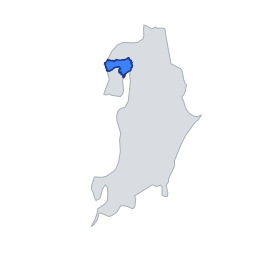 location of Nicoya, Guanacaste, Costa Rica, rotated 58°
{"feature_id": "36466004B54508558874137", "entity_name": "Nicoya", "entity_type": "district", "adm_level": 2, "iso_a3": "CRI", "parent_name": "Costa Rica", "parent_adm1": "Guanacaste", "projection": "robinson", "projection_center": [-85.463, 10.103], "detail": "fine", "context": "in_parent", "style": "filled", "palette": "blue", "viewbox_px": 256, "rotation_deg": 58, "n_neighbors": 0, "source": "geoboundaries", "source_scale": "gbopen_adm2", "svg_char_len": 5675}
<svg xmlns="http://www.w3.org/2000/svg" viewBox="0 0 256 256"><g transform="rotate(58 128 128)"><path d="M206.8,130.9L206.5,131.9L205.7,132.9L204.6,133.9L203.0,134.7L199.3,132.5L195.6,130.1L193.6,131.2L192.8,134.4L191.5,136.0L189.8,136.6L189.1,137.7L189.0,148.4L189.1,158.5L191.9,158.8L196.5,162.3L198.5,164.4L199.1,166.3L198.6,167.2L195.2,169.4L191.9,172.2L190.2,175.7L193.1,181.3L193.7,185.1L193.6,189.1L192.9,191.1L186.4,195.7L185.0,197.3L185.2,198.4L188.8,201.6L190.5,204.7L191.9,208.4L192.0,211.6L188.8,205.6L184.4,199.9L180.5,196.4L180.2,188.3L178.7,183.8L172.8,179.8L167.8,176.9L164.2,177.5L166.4,182.2L172.3,188.2L172.7,190.5L172.6,193.6L168.6,193.1L165.0,191.9L160.7,191.5L157.8,189.6L151.7,182.4L156.0,176.3L157.4,172.3L157.2,163.9L156.2,159.9L151.5,153.7L144.0,147.0L133.6,141.4L128.6,137.0L116.4,133.6L111.7,131.3L108.0,127.1L107.5,124.1L108.8,119.5L105.4,113.6L90.8,102.0L82.6,97.7L80.8,95.2L79.6,94.4L80.8,102.4L84.4,107.2L93.7,111.7L96.3,114.4L97.3,117.8L91.9,124.3L89.1,125.9L88.3,129.5L86.6,130.6L84.7,128.5L77.1,118.3L62.5,113.4L59.9,110.4L54.4,101.1L51.9,92.5L52.8,86.8L58.8,78.0L60.7,74.1L60.3,71.7L60.5,68.2L58.3,65.8L52.7,62.6L49.2,60.1L50.2,58.8L56.5,55.4L56.9,52.3L56.9,51.2L57.9,51.0L58.9,50.2L59.4,49.4L61.2,46.4L62.7,44.7L64.4,44.4L66.6,45.7L74.6,48.9L83.5,52.4L96.2,57.5L101.5,54.3L106.0,51.8L109.2,52.1L116.0,55.0L120.1,55.9L122.6,55.7L127.0,59.9L129.4,63.1L129.8,65.2L131.1,66.3L134.5,66.6L142.8,68.8L147.9,68.3L152.5,66.1L155.1,63.3L155.9,59.0L157.0,61.1L158.4,64.5L159.0,68.8L165.0,83.2L169.8,91.3L180.3,105.9L184.9,108.6L192.5,120.4L195.2,122.4L196.7,125.9L204.6,128.8L206.8,130.9Z" fill="#d9dde1" stroke="#a8b0b8" stroke-width="1"/><path d="M80.3,94.9L80.1,94.6L79.8,94.3L79.3,93.9L78.8,93.8L78.6,93.7L78.6,93.1L78.7,92.9L78.8,92.6L78.8,92.4L78.2,92.1L77.8,91.9L77.4,91.1L76.4,90.9L75.6,90.8L75.3,91.2L75.2,91.2L75.0,90.9L74.9,90.8L74.6,90.8L74.3,90.7L74.2,90.6L74.2,90.4L74.3,90.3L74.4,90.6L74.5,90.5L74.6,90.3L74.4,90.1L74.7,90.0L74.7,89.8L74.2,89.9L74.0,90.1L73.9,90.1L73.7,90.1L73.2,90.1L72.9,89.8L72.8,89.6L72.5,89.6L72.4,89.7L72.1,89.7L72.0,89.9L71.9,90.0L71.8,90.4L71.8,90.5L71.7,90.5L71.6,90.4L71.4,90.1L71.2,90.3L71.3,90.5L71.2,90.5L70.8,90.6L70.6,90.6L70.6,90.4L70.3,90.4L70.2,90.3L69.9,90.2L69.5,90.2L69.4,90.1L69.1,90.1L68.7,90.3L68.5,90.6L68.5,90.8L68.7,91.0L68.6,91.3L68.7,91.7L68.7,92.0L68.9,92.2L68.9,92.5L68.6,93.4L68.5,93.6L68.5,94.2L68.4,94.3L68.2,94.7L68.1,94.8L68.2,95.0L68.4,95.4L68.4,95.5L68.0,95.7L67.8,95.8L67.7,95.8L67.2,96.3L67.2,96.6L67.1,96.8L67.1,97.1L67.0,97.3L66.9,97.7L66.8,97.8L66.8,98.2L66.7,98.4L66.4,98.7L66.3,99.0L66.2,99.1L66.1,99.3L65.9,99.5L65.7,99.7L65.5,99.9L65.4,100.0L65.2,100.2L64.7,100.8L64.4,101.0L64.4,101.3L64.2,101.3L63.8,101.6L63.8,101.9L63.7,102.0L63.8,102.4L64.0,102.4L64.1,102.5L64.1,102.8L64.2,103.1L64.2,103.4L64.1,103.6L64.2,103.8L63.9,104.0L64.0,104.1L64.1,104.4L64.1,104.5L63.9,104.5L63.7,104.6L63.3,104.8L63.3,105.1L63.1,105.2L62.9,105.2L62.7,105.1L62.5,105.3L62.4,105.6L62.4,105.8L62.4,106.0L62.3,106.3L62.1,106.6L61.9,106.7L61.9,107.1L61.6,107.3L61.4,107.5L61.0,107.6L60.8,107.5L60.8,107.8L60.7,107.9L60.7,108.2L60.5,108.3L60.4,108.4L60.4,108.8L60.3,109.0L60.2,109.0L60.1,108.9L60.0,109.0L59.4,108.6L59.1,108.9L59.5,109.5L59.8,109.9L59.9,110.1L59.9,110.3L60.1,110.7L60.1,110.9L60.1,111.0L60.5,111.5L60.7,112.2L60.7,112.9L60.7,113.0L60.4,113.2L60.5,113.4L60.8,113.4L61.0,113.4L61.2,113.7L61.3,113.5L61.3,113.4L61.2,113.3L61.3,113.3L61.4,113.2L61.8,113.2L62.1,113.3L62.3,113.7L62.3,113.8L62.2,113.8L62.4,114.0L62.5,113.9L62.8,114.0L63.2,114.1L63.3,114.2L63.5,114.2L63.9,114.1L64.0,114.1L63.9,114.2L63.9,114.3L64.0,114.3L64.2,114.5L64.8,114.5L65.0,114.6L65.1,114.8L65.3,114.6L65.7,114.6L66.0,114.7L66.2,114.9L66.4,114.9L66.5,114.9L66.8,114.9L67.2,114.6L67.5,114.6L67.7,114.8L68.0,115.1L67.9,115.5L68.0,115.7L68.3,115.5L68.5,115.4L68.4,115.3L68.6,115.1L68.6,114.9L68.7,114.7L68.8,114.6L69.0,114.6L69.0,114.4L69.1,114.2L69.3,114.2L69.5,114.3L69.7,114.1L69.8,114.0L69.9,113.7L70.0,113.6L70.1,113.4L70.0,113.1L70.0,112.7L69.9,112.6L69.7,112.4L69.7,112.1L69.9,111.8L70.0,111.7L70.0,111.3L70.1,111.2L70.3,110.9L70.1,110.6L70.1,110.4L70.1,109.8L70.0,109.6L69.9,109.4L69.7,109.1L69.7,108.9L69.6,108.7L69.9,108.2L69.7,107.8L69.8,107.6L69.8,107.4L69.7,107.2L69.6,106.9L69.8,106.6L70.1,106.2L70.1,105.9L70.2,105.6L70.3,105.4L70.6,105.2L70.7,104.9L70.9,104.7L70.9,104.4L70.7,104.2L70.8,103.7L71.0,103.5L71.2,103.3L71.5,103.3L71.7,103.1L71.8,102.9L72.0,102.9L72.3,103.0L72.4,102.9L72.7,102.9L73.0,103.0L73.4,103.2L73.5,103.2L73.5,103.3L73.6,103.5L73.8,103.5L73.6,103.7L73.6,103.8L73.9,103.9L73.9,104.0L74.1,104.3L73.9,104.5L73.7,104.5L73.9,104.8L74.3,105.3L74.6,105.6L75.0,105.7L75.4,105.6L75.6,105.8L75.8,105.8L76.0,105.9L76.0,106.0L76.3,106.2L76.8,106.1L77.1,105.8L77.1,105.6L76.8,105.4L76.9,105.1L76.8,104.9L76.7,104.8L76.7,104.6L76.7,104.4L76.9,104.4L77.0,104.3L77.3,104.3L77.4,104.5L77.5,104.5L77.8,104.5L77.8,104.8L78.0,104.9L78.4,104.9L78.5,105.0L78.5,104.8L78.9,104.7L78.9,104.8L79.0,104.9L79.2,105.1L79.3,105.1L79.5,105.0L79.8,104.9L80.0,104.8L80.0,104.7L80.1,104.4L80.3,104.3L80.3,104.2L80.5,104.2L80.8,104.2L80.9,104.3L81.1,104.6L81.4,104.9L81.8,105.0L82.1,105.2L82.3,105.3L82.4,105.2L82.7,105.2L83.0,105.1L83.0,104.9L83.0,104.6L82.9,104.3L82.7,103.7L82.3,103.7L82.2,103.6L81.6,103.3L81.4,103.2L81.2,103.0L81.1,102.9L80.8,102.5L80.8,102.3L80.7,102.3L80.7,102.0L80.7,101.7L80.8,101.3L80.9,101.6L81.2,101.7L81.0,101.4L80.8,101.2L80.6,100.6L80.5,100.4L80.5,99.9L80.4,99.7L80.4,99.2L80.3,98.9L80.3,98.7L80.4,98.4L80.4,98.1L80.5,98.0L80.5,97.6L80.5,97.4L80.4,97.0L80.4,96.7L80.5,96.2L80.6,95.9L80.4,95.5L80.4,95.4L80.3,94.9Z" fill="#3b82f6" stroke="#1e3a8a" stroke-width="1.5"/></g></svg>